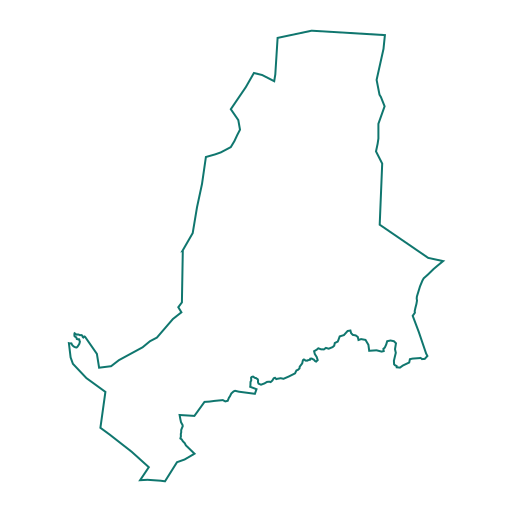 Kebbe, Sokoto, Nigeria (Mercator projection)
{"feature_id": "59680162B95103667512911", "entity_name": "Kebbe", "entity_type": "district", "adm_level": 2, "iso_a3": "NGA", "parent_name": "Nigeria", "parent_adm1": "Sokoto", "projection": "mercator", "projection_center": [4.676, 11.883], "detail": "fine", "context": "isolated", "style": "outline", "palette": "teal", "viewbox_px": 512, "rotation_deg": 0, "n_neighbors": 0, "source": "geoboundaries", "source_scale": "gbopen_adm2", "svg_char_len": 3513}
<svg xmlns="http://www.w3.org/2000/svg" viewBox="0 0 512 512"><path d="M384.9,35.1L311.6,30.7L277.6,37.9L275.3,74.4L274.2,81.2L262.1,75.0L253.9,73.0L245.9,87.0L230.8,109.2L238.3,120.1L240.0,129.7L237.3,134.9L234.4,141.1L230.8,147.1L220.8,152.4L215.1,154.4L205.9,157.0L202.0,184.0L197.0,207.3L192.7,233.1L182.5,250.8L182.8,250.7L181.9,302.4L178.3,307.2L181.4,312.3L172.9,319.0L156.9,337.6L150.0,341.2L142.6,347.3L119.0,360.1L111.1,366.2L99.1,367.7L96.9,353.9L85.2,337.0L84.6,336.5L84.0,336.8L83.3,337.5L82.7,336.9L82.3,335.7L81.6,335.1L80.8,335.1L80.0,335.2L78.9,334.7L77.9,334.4L76.9,334.7L76.1,334.4L75.5,333.8L74.6,333.3L74.4,333.9L74.4,334.5L74.4,335.3L74.5,336.1L75.1,336.7L76.3,337.4L76.6,338.3L76.8,339.0L77.8,339.3L79.0,339.2L79.3,339.6L79.3,340.2L79.9,341.6L79.7,342.5L79.3,343.9L78.3,345.5L77.5,346.7L76.6,347.5L75.3,347.3L73.9,346.6L72.7,345.6L72.0,344.7L71.4,343.4L69.8,343.4L68.9,343.2L70.6,357.4L72.9,363.8L86.4,378.1L105.4,391.9L100.4,427.8L109.7,434.6L131.7,451.8L148.8,467.2L140.1,480.2L147.5,479.8L160.5,480.7L165.0,481.3L177.0,462.2L184.6,459.5L194.5,453.7L185.9,445.4L184.7,443.1L182.9,441.3L181.7,439.4L180.4,438.5L180.9,436.3L180.8,434.0L181.2,432.3L181.2,430.0L182.0,427.9L182.7,426.3L182.6,425.1L181.0,422.2L180.3,418.9L179.6,415.0L194.4,415.9L204.5,401.9L209.3,401.6L214.5,400.9L222.8,400.1L225.3,401.4L227.7,400.8L229.0,397.6L229.9,396.4L231.3,393.5L233.6,391.4L235.1,390.8L238.9,391.7L254.9,393.8L256.5,389.2L250.2,386.8L250.4,385.5L250.5,382.2L250.6,381.6L250.9,381.1L251.2,380.6L251.2,380.0L251.2,379.6L251.2,378.9L251.1,378.4L251.1,378.1L251.1,377.7L251.4,377.4L251.6,377.0L252.2,376.8L252.8,376.6L253.4,376.7L253.8,377.1L254.4,377.6L254.8,377.8L255.3,378.0L255.9,378.0L256.4,378.4L256.6,378.6L257.1,378.8L257.6,379.1L257.9,379.7L258.1,380.7L258.0,381.2L258.0,381.9L258.1,382.6L258.6,383.7L259.6,384.1L261.0,384.7L264.5,383.4L267.0,381.9L269.3,381.7L270.6,382.1L272.3,380.6L273.1,379.3L273.7,378.3L275.0,377.8L276.3,379.1L277.3,378.8L280.7,378.2L283.5,378.8L288.8,376.5L292.6,374.6L294.4,373.7L295.1,373.3L295.8,371.7L296.5,370.4L297.9,369.9L299.5,368.4L299.7,366.7L302.2,363.4L302.8,360.7L303.2,359.9L303.8,359.5L304.5,359.7L305.0,360.2L305.5,360.6L306.4,360.6L307.1,360.7L307.9,360.2L308.4,360.2L309.1,360.0L309.6,359.7L310.2,359.7L310.5,359.1L310.4,358.7L311.3,358.5L312.3,358.8L312.8,359.2L313.8,359.6L315.0,361.0L316.1,361.6L317.7,360.1L316.7,357.0L314.8,354.0L314.1,351.2L316.7,349.7L318.3,348.3L321.0,349.3L323.9,349.4L325.9,347.9L328.7,348.7L332.6,347.1L334.2,345.7L334.8,343.0L337.7,341.6L338.4,340.0L339.7,336.4L343.9,335.1L347.6,331.0L350.4,330.5L351.1,333.1L352.8,334.9L355.7,335.4L357.8,337.0L358.5,340.0L361.1,339.1L365.5,339.9L368.4,344.8L369.2,350.8L376.5,350.3L381.6,351.6L383.7,351.1L383.4,348.8L384.8,347.6L386.2,344.5L387.2,341.2L390.5,340.5L393.9,341.2L396.0,343.3L395.8,344.3L395.0,349.2L395.8,352.8L395.0,356.1L393.9,360.8L394.1,364.3L394.9,365.2L396.6,366.0L396.7,367.3L400.0,367.6L402.9,365.5L409.2,362.5L409.9,359.2L412.5,358.6L416.7,358.3L418.0,358.2L419.5,358.1L420.3,357.9L420.8,358.2L421.5,358.5L422.0,359.1L424.7,358.9L427.4,356.0L426.1,353.5L418.8,332.0L412.7,315.8L414.9,312.7L414.7,311.2L415.4,307.9L416.4,304.0L417.0,300.6L416.7,298.5L416.9,296.5L418.1,292.6L420.0,286.4L422.4,280.6L423.7,278.3L428.3,274.2L433.6,269.0L437.5,265.7L443.1,261.1L428.2,257.9L379.7,224.7L382.2,163.6L376.0,151.4L377.6,143.9L378.4,138.6L378.4,123.8L384.6,106.3L380.9,97.0L379.5,94.7L376.6,79.9L383.5,48.9L384.9,35.1Z" fill="none" stroke="#0f766e" stroke-width="2"/></svg>